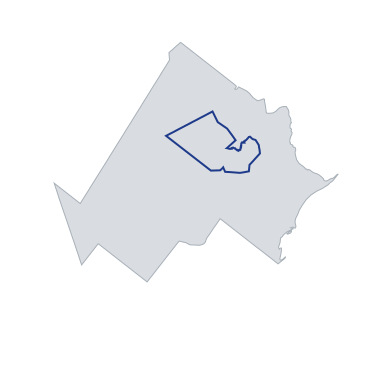 location of Tagant within Mauritania, rotated 218°
{"feature_id": "MRT-2798", "entity_name": "Tagant", "entity_type": "Region", "adm_level": 1, "iso_a3": "MRT", "parent_name": "Mauritania", "parent_adm1": "", "projection": "mercator", "projection_center": [-11.398, 18.406], "detail": "fine", "context": "in_parent", "style": "outline", "palette": "blue", "viewbox_px": 384, "rotation_deg": 218, "n_neighbors": 0, "source": "natural_earth", "source_scale": "10m", "svg_char_len": 4224}
<svg xmlns="http://www.w3.org/2000/svg" viewBox="0 0 384 384"><g transform="rotate(218 192 192)"><path d="M167.1,316.2L166.7,316.0L164.7,314.6L163.8,313.0L162.2,311.7L160.0,310.9L158.6,309.9L158.0,308.9L157.2,308.2L156.3,307.8L156.3,307.4L156.5,306.9L156.3,305.9L155.0,303.7L153.8,302.7L152.8,302.9L152.2,302.6L151.9,302.1L151.7,301.4L151.1,300.8L149.9,300.6L148.9,299.0L148.2,296.0L147.2,293.7L146.1,292.0L145.3,291.4L144.6,291.3L144.4,291.0L144.3,290.5L143.4,290.4L142.1,290.9L141.0,290.7L140.4,289.9L139.6,289.8L138.6,290.5L137.5,290.3L136.3,289.2L135.7,288.2L135.6,287.1L133.5,285.0L129.5,281.9L125.2,280.4L120.4,280.6L117.8,280.5L117.2,280.0L116.6,280.0L116.1,280.6L115.4,280.7L114.8,280.4L114.4,280.6L114.2,281.4L112.6,281.9L109.4,281.9L106.9,282.4L104.9,283.3L102.2,283.7L98.6,283.6L96.5,283.3L95.7,282.7L94.7,282.5L93.4,282.9L92.2,284.4L91.2,287.2L90.3,288.8L89.6,289.2L88.9,291.3L88.5,294.8L87.9,296.3L87.9,287.6L88.9,284.3L89.2,281.5L91.4,275.2L94.0,270.0L96.4,263.1L97.3,256.4L97.0,249.8L96.3,244.0L95.1,240.1L93.9,234.5L92.2,231.6L89.0,229.0L88.3,227.4L89.0,226.9L90.9,226.5L92.2,224.5L89.6,225.3L92.6,219.0L93.5,214.8L93.4,212.0L93.9,210.3L91.6,206.6L89.9,201.9L88.9,201.1L88.0,200.7L87.9,201.8L87.4,202.8L86.3,202.2L84.3,198.8L81.5,193.2L80.6,192.7L79.8,193.4L79.3,194.2L78.3,198.8L78.0,197.0L78.4,194.8L79.1,192.1L79.9,188.4L82.3,188.4L86.6,188.4L95.1,188.4L99.4,188.4L107.9,188.3L112.2,188.3L120.7,188.3L125.0,188.3L133.5,188.3L137.8,188.3L146.3,188.3L150.6,188.3L153.4,188.3L153.2,185.6L153.1,183.5L152.9,180.7L152.8,177.9L152.6,175.0L152.4,172.4L152.2,169.7L152.1,167.2L152.0,165.0L151.7,163.7L150.8,161.1L150.6,159.8L150.9,158.4L151.5,157.1L153.1,154.8L155.6,153.0L158.6,150.9L160.8,149.3L161.9,148.9L165.4,148.4L168.1,147.1L170.8,146.0L171.9,145.3L172.0,143.1L172.0,93.5L185.2,93.5L188.7,93.5L213.0,93.5L216.4,93.5L234.1,93.5L234.1,91.1L234.1,87.7L234.1,83.1L234.1,78.4L234.1,70.1L234.1,66.6L237.6,68.9L244.6,73.6L248.1,75.9L255.1,80.5L262.1,85.1L269.1,89.7L272.6,92.0L276.1,94.3L279.6,96.5L283.1,98.8L290.1,103.4L293.0,105.3L297.5,108.4L301.7,111.2L306.0,114.1L299.4,114.1L290.7,114.1L284.8,114.1L278.7,114.1L273.0,114.1L273.5,118.8L274.0,123.9L274.5,129.0L275.1,134.1L275.6,139.1L277.2,154.3L277.7,159.3L278.2,164.3L278.8,169.3L279.3,174.3L280.4,184.3L280.9,189.3L281.4,194.2L282.0,199.2L282.5,204.1L283.0,209.1L284.1,218.9L284.6,223.8L285.1,228.7L285.7,233.6L286.2,238.5L286.7,243.4L287.3,248.3L287.8,253.2L288.8,262.9L289.4,267.8L289.9,272.6L290.4,277.4L290.9,282.1L293.2,284.6L296.0,287.7L295.1,292.0L294.2,297.2L293.1,302.9L285.4,302.9L277.8,302.9L258.8,302.9L255.0,302.9L236.0,302.9L232.2,302.9L224.9,302.9L222.7,302.8L221.9,302.3L221.7,299.4L221.0,299.6L220.2,300.5L219.8,301.4L220.0,302.6L219.9,303.6L217.4,304.0L214.1,304.7L210.7,305.3L207.2,305.1L206.0,304.8L204.7,304.5L201.9,304.0L200.4,304.0L198.6,304.1L196.6,304.3L195.9,304.9L194.4,307.0L192.9,309.6L191.9,309.6L190.8,308.2L187.8,305.6L184.1,302.1L182.5,300.4L181.6,300.2L179.8,301.4L178.4,302.6L176.8,304.3L176.1,305.9L175.5,307.8L175.3,310.0L174.7,312.6L173.4,314.7L171.9,316.2L170.8,317.0L170.4,317.4L167.1,316.2ZM90.9,220.6L89.7,222.6L89.2,221.8L89.0,220.6L90.0,218.8L90.5,217.8L91.5,217.5L90.9,220.6Z" fill="#d9dde1" stroke="#a8b0b8" stroke-width="1"/><path d="M182.6,230.6L182.6,229.9L183.1,226.5L183.4,226.2L190.3,220.5L190.7,220.5L247.0,220.3L225.4,268.1L214.9,263.0L214.7,262.9L203.4,263.6L195.4,261.4L189.5,259.6L191.5,248.1L190.9,248.5L190.4,248.5L189.0,249.1L188.4,249.5L187.8,250.2L187.3,250.6L187.8,251.1L187.2,251.9L187.0,252.3L186.5,252.3L185.4,252.6L184.9,253.0L184.5,252.9L184.3,252.7L184.1,252.8L183.6,252.7L182.4,252.7L181.9,252.7L181.8,253.3L180.7,253.2L180.7,254.2L180.1,254.5L179.9,255.1L180.3,255.5L180.8,256.5L181.5,257.8L181.1,257.8L181.7,258.8L181.8,259.0L182.5,259.8L182.8,260.2L183.0,260.6L182.9,260.9L183.2,261.4L183.1,262.0L182.5,262.1L181.9,262.5L181.4,262.9L182.1,263.1L182.2,263.8L181.5,264.1L181.8,265.2L181.3,266.3L181.1,269.0L181.1,270.3L180.3,271.3L176.9,271.0L174.0,272.1L171.3,271.2L168.3,270.1L166.6,268.4L164.7,266.8L162.2,264.2L162.7,257.5L162.9,254.3L163.4,248.8L159.9,243.3L163.8,238.9L166.0,236.6L174.4,231.0L178.3,228.3L182.6,230.6Z" fill="none" stroke="#1e3a8a" stroke-width="2"/></g></svg>